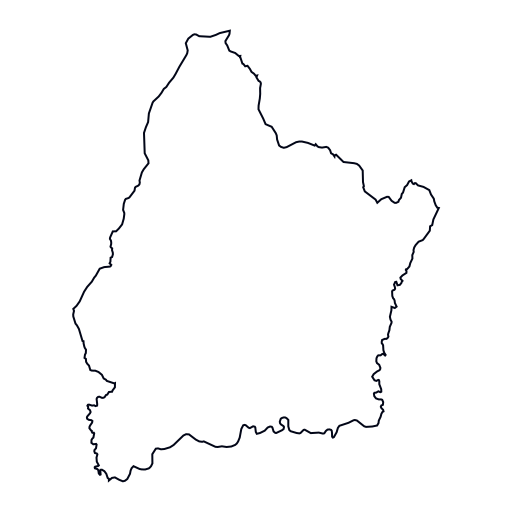 the district of Marcabeli, El Oro, Ecuador
{"feature_id": "8360857B87513516698723", "entity_name": "Marcabeli", "entity_type": "district", "adm_level": 2, "iso_a3": "ECU", "parent_name": "Ecuador", "parent_adm1": "El Oro", "projection": "equal_earth", "projection_center": [-79.934, -3.773], "detail": "fine", "context": "isolated", "style": "outline", "palette": "ink", "viewbox_px": 512, "rotation_deg": 0, "n_neighbors": 0, "source": "geoboundaries", "source_scale": "gbopen_adm2", "svg_char_len": 5988}
<svg xmlns="http://www.w3.org/2000/svg" viewBox="0 0 512 512"><path d="M161.5,92.8L158.7,96.5L153.4,101.4L152.6,102.7L148.9,113.4L148.1,122.1L145.9,127.2L144.0,132.9L144.7,153.3L148.3,160.3L148.5,163.3L143.7,169.3L141.9,172.4L139.5,180.5L139.8,182.6L139.4,184.4L138.3,185.6L135.6,186.9L135.0,187.7L134.5,190.7L129.5,197.3L128.6,198.0L125.8,198.9L125.1,199.8L123.8,203.8L123.1,209.9L124.3,213.0L124.3,214.4L123.7,218.8L122.1,224.4L118.9,228.5L116.1,231.3L112.8,231.4L110.1,237.5L109.9,238.9L110.9,240.5L111.2,242.1L111.2,244.0L110.5,246.6L110.8,247.3L112.2,248.4L112.0,250.1L112.8,252.6L112.9,254.3L112.1,257.0L110.6,257.7L110.4,261.7L109.6,263.3L111.3,264.9L110.6,266.2L109.9,266.6L104.2,267.1L99.7,268.7L95.8,275.7L94.2,277.6L91.8,281.7L87.2,286.9L84.1,291.7L79.7,301.4L76.5,305.9L73.3,308.9L74.0,310.9L73.2,314.4L73.3,316.5L75.5,323.6L76.9,325.3L78.9,328.9L82.5,341.0L83.5,341.2L83.6,343.4L84.3,346.5L84.8,347.9L86.0,349.7L85.8,353.1L85.0,354.6L84.5,357.9L85.9,358.9L86.1,361.8L87.2,363.7L89.0,365.6L90.3,370.0L91.8,370.6L95.3,370.7L98.5,372.0L101.9,374.8L103.7,378.5L105.9,379.7L106.8,380.9L114.3,383.4L115.0,383.1L114.9,387.3L112.5,390.5L112.1,391.7L108.9,392.0L107.3,394.6L105.9,395.1L104.8,396.9L103.7,397.7L102.1,397.9L99.4,396.7L98.1,396.9L97.0,397.9L96.6,399.0L97.2,404.1L97.1,405.6L95.5,406.1L94.1,405.3L92.1,405.6L89.0,404.6L87.9,404.8L87.4,405.8L88.2,406.7L88.0,408.5L90.0,410.2L90.6,412.0L90.0,413.3L87.2,416.5L86.9,417.4L87.1,418.7L88.7,419.8L91.4,420.2L92.4,421.0L92.1,422.6L90.1,425.5L89.5,426.8L89.4,428.2L91.0,430.4L91.8,430.9L91.8,431.8L92.4,432.8L93.8,432.7L94.2,433.3L93.4,437.6L92.3,438.6L91.5,440.0L91.4,442.8L93.3,444.3L96.1,443.9L96.6,444.6L96.0,448.3L94.5,450.0L94.3,451.2L94.9,453.0L96.8,453.5L97.4,454.3L96.5,457.6L96.8,461.7L98.8,465.4L98.1,466.0L95.1,466.7L94.7,467.2L94.9,468.3L97.4,469.1L98.3,470.2L98.8,473.5L100.0,474.8L100.6,474.5L100.3,470.5L100.5,469.8L101.9,469.7L104.4,471.2L106.3,473.8L107.7,478.0L108.9,478.8L108.9,480.5L112.0,477.9L114.9,477.4L119.2,479.8L122.9,481.3L124.9,480.8L127.3,479.0L130.0,473.8L130.6,470.6L131.6,468.2L133.5,466.2L139.6,469.0L141.7,469.4L145.1,469.5L148.8,468.4L150.0,467.4L151.1,466.1L152.4,463.4L152.3,454.2L155.8,448.7L158.0,448.4L161.0,449.3L164.4,449.0L170.0,447.3L173.6,445.0L183.4,435.5L186.1,434.2L189.0,434.4L195.8,439.6L199.2,441.4L202.2,441.8L203.8,441.4L215.4,446.8L217.6,447.0L221.9,446.3L226.6,447.0L231.3,446.5L235.2,444.9L236.8,443.5L238.1,441.5L239.7,437.6L241.3,429.0L243.2,425.3L244.5,424.9L245.7,425.2L248.6,427.7L249.9,428.1L253.1,426.3L254.8,426.7L255.3,427.5L255.8,431.9L256.8,433.8L260.0,433.0L264.7,430.7L267.7,427.5L270.1,426.5L271.8,426.8L272.4,427.6L273.6,431.5L275.3,432.9L276.2,433.0L282.1,430.2L283.6,429.0L284.0,427.0L283.5,426.1L280.9,424.4L280.0,423.1L279.8,421.6L280.8,418.7L282.1,417.9L283.9,417.4L285.3,417.5L286.6,418.2L288.3,419.9L288.3,426.4L289.3,430.0L290.6,431.2L296.6,433.0L299.4,433.4L300.5,433.0L303.6,429.9L304.7,429.7L310.8,433.1L318.8,432.6L323.0,433.6L324.3,433.3L325.9,430.9L327.5,429.6L329.4,429.4L331.1,429.9L331.7,430.7L332.0,432.8L332.1,436.7L332.9,437.6L333.9,437.1L336.6,432.3L337.9,427.9L339.4,425.8L348.5,422.8L353.5,420.3L354.8,420.0L356.9,420.5L364.2,426.3L366.1,426.9L372.3,426.5L377.1,425.5L378.5,423.1L378.8,420.6L380.6,416.8L381.4,413.8L382.5,411.9L383.5,411.4L383.1,409.8L381.4,408.1L380.8,406.8L381.3,405.5L382.9,404.8L383.2,402.1L382.2,399.8L381.1,399.4L378.8,399.4L376.0,398.4L374.3,396.2L373.9,393.7L374.4,392.8L376.2,392.6L378.4,391.3L380.3,392.2L380.9,392.0L381.3,391.7L381.2,389.2L379.3,384.2L379.3,381.2L378.9,380.1L378.3,379.9L376.4,380.9L374.5,380.3L372.2,376.7L373.7,374.1L377.0,371.5L379.5,370.2L380.2,369.1L380.4,367.9L379.2,364.8L377.0,363.1L376.3,361.3L376.5,358.2L377.3,356.4L378.3,355.3L380.6,355.3L382.4,353.9L383.3,353.9L385.1,355.5L385.6,354.9L384.2,352.7L383.4,350.2L383.1,345.3L382.6,344.2L381.8,343.4L381.7,342.0L382.1,340.0L384.6,338.9L386.5,338.9L387.8,337.7L388.4,336.6L388.0,334.7L388.3,333.4L389.4,330.2L389.8,326.8L391.5,322.9L391.6,321.7L390.5,319.6L389.9,316.8L391.4,310.3L391.5,306.8L394.8,308.0L396.6,306.6L394.9,303.0L394.6,300.6L394.0,299.1L393.2,298.4L392.3,296.0L392.1,291.3L392.6,290.5L394.4,289.8L395.1,288.8L394.9,287.1L394.0,284.7L395.2,282.0L396.3,281.8L397.5,285.3L399.8,284.9L401.3,283.1L401.8,281.7L402.5,280.9L400.7,279.0L400.4,277.6L402.5,275.4L406.4,272.9L406.5,271.0L405.8,269.9L406.0,269.3L407.2,269.0L409.4,266.5L410.3,263.0L412.4,258.6L412.3,255.1L413.7,251.9L413.5,250.1L414.2,247.5L415.6,245.1L418.6,241.7L422.7,240.1L423.7,239.0L429.8,230.7L430.1,226.3L432.2,225.1L433.4,219.4L438.8,208.0L437.3,207.7L435.7,205.2L434.3,201.4L433.8,198.7L431.0,194.5L429.3,190.1L423.5,186.9L418.0,185.4L415.8,183.2L414.9,183.1L413.9,184.1L412.8,183.6L411.5,181.4L411.3,180.3L409.0,181.5L407.1,185.1L404.7,187.2L403.0,192.6L401.8,193.9L401.0,197.7L398.9,200.1L398.4,201.8L396.0,202.9L394.6,202.8L391.6,200.8L388.7,196.9L387.0,196.8L381.3,199.2L377.3,202.8L375.6,199.6L364.8,191.4L363.2,187.2L363.9,186.2L363.0,182.1L362.7,170.5L359.2,165.6L356.9,163.9L354.1,163.2L343.5,162.0L336.1,154.7L334.7,155.2L334.5,156.5L333.0,154.3L331.1,153.3L330.1,150.2L328.2,147.7L326.3,146.9L322.0,147.6L318.8,147.1L317.5,146.4L315.7,144.2L314.7,145.6L307.9,142.9L301.8,141.5L299.4,141.5L296.1,142.2L286.7,147.1L283.8,147.8L281.0,146.9L279.1,145.5L277.1,139.5L276.7,135.4L275.8,133.2L271.7,126.8L265.6,124.2L263.2,118.6L258.5,109.3L258.6,105.6L259.8,98.6L260.2,94.0L260.1,88.0L260.9,83.8L260.6,82.4L259.7,81.4L258.6,80.9L256.4,77.3L257.1,75.5L255.7,75.8L254.0,73.7L251.5,71.9L249.9,68.9L247.5,65.8L245.2,66.3L243.4,64.0L242.4,63.6L240.5,57.8L240.0,57.4L240.3,55.9L238.8,56.0L235.2,53.0L230.6,51.4L229.3,50.6L227.2,45.4L225.6,43.1L225.4,41.1L229.0,35.2L229.5,33.8L229.8,30.7L219.7,33.1L215.9,34.9L210.3,36.8L199.2,36.2L196.2,34.5L194.4,34.3L192.9,34.9L188.3,38.6L185.8,43.2L187.7,50.4L187.2,53.3L186.3,55.2L179.4,66.7L175.6,73.9L173.4,77.6L169.1,82.7L166.3,87.0L163.8,88.9L161.5,92.8Z" fill="none" stroke="#020617" stroke-width="2"/></svg>